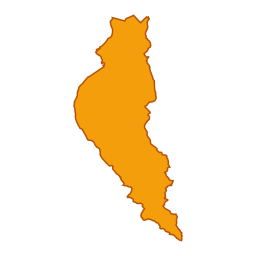 outline of Salistea, Alba, Romania
{"feature_id": "2599482B46573733698849", "entity_name": "Salistea", "entity_type": "district", "adm_level": 2, "iso_a3": "ROU", "parent_name": "Romania", "parent_adm1": "Alba", "projection": "equal_earth", "projection_center": [23.436, 45.889], "detail": "fine", "context": "isolated", "style": "filled", "palette": "amber", "viewbox_px": 256, "rotation_deg": 0, "n_neighbors": 0, "source": "geoboundaries", "source_scale": "gbopen_adm2", "svg_char_len": 5851}
<svg xmlns="http://www.w3.org/2000/svg" viewBox="0 0 256 256"><path d="M148.3,17.0L147.3,17.5L146.6,16.9L140.5,22.7L133.6,15.4L128.1,17.8L126.7,18.3L126.1,18.7L125.3,20.0L125.1,20.9L124.8,21.0L112.3,17.6L112.5,18.6L112.1,19.5L110.4,21.2L110.4,22.7L111.0,25.5L112.6,29.6L112.5,32.6L111.8,35.6L110.8,37.1L108.2,38.5L105.3,42.6L101.6,46.3L99.6,47.2L100.0,48.3L95.8,49.8L98.6,49.2L98.7,49.5L97.7,49.8L96.9,51.2L95.8,51.9L96.1,52.5L96.2,53.1L96.6,53.6L99.4,55.6L99.7,55.5L100.4,56.0L101.1,57.0L101.5,58.6L102.3,59.9L102.4,60.9L101.6,61.9L101.5,62.7L101.8,63.5L103.4,62.7L103.9,62.8L104.4,63.2L104.4,64.1L104.0,65.5L103.4,65.2L102.6,65.0L103.0,65.3L103.9,66.7L89.3,76.6L88.2,76.9L87.4,77.7L84.0,81.6L82.4,83.8L80.9,85.0L78.9,87.3L78.8,88.3L78.2,90.1L77.5,92.0L77.3,93.3L77.3,96.0L74.4,102.0L74.3,105.0L73.9,105.7L74.8,108.2L75.1,111.2L75.3,112.2L75.2,112.5L75.6,113.9L75.6,114.6L75.3,115.6L75.4,116.3L75.5,117.7L75.7,118.5L75.9,119.6L76.6,121.6L78.1,124.7L78.3,125.3L79.0,126.4L80.1,128.3L80.4,128.4L80.7,128.6L81.5,128.9L82.4,129.4L82.8,130.5L85.8,135.6L87.5,139.4L87.7,139.7L88.3,139.8L89.1,140.2L89.7,140.3L91.0,140.4L91.7,140.6L92.4,141.0L94.1,142.5L94.6,143.6L95.0,144.7L95.8,145.9L96.9,147.2L97.2,147.4L98.0,147.7L99.1,148.5L99.7,149.2L99.9,150.7L100.1,151.3L100.3,151.7L100.1,154.0L100.3,155.0L101.9,158.1L105.5,162.0L106.2,162.9L109.6,166.0L111.9,165.4L113.0,166.5L112.7,167.0L112.7,168.9L116.7,173.9L117.7,174.4L119.3,175.9L119.9,177.0L120.1,176.9L120.7,177.0L120.7,178.1L121.0,178.4L121.1,178.8L120.9,179.4L122.6,181.6L123.7,182.7L124.1,185.0L123.4,185.2L125.2,185.8L126.8,185.7L127.3,186.0L127.8,186.4L128.7,186.8L131.1,187.2L132.0,188.5L131.6,190.1L131.6,190.7L130.5,193.2L129.9,193.9L129.1,194.5L128.5,195.2L128.4,195.4L127.3,196.4L127.6,197.4L128.0,197.6L128.6,197.0L129.3,197.4L130.4,197.6L130.7,197.7L131.2,198.1L131.7,198.3L132.1,198.6L132.8,198.7L133.1,198.9L133.2,199.4L133.2,201.0L133.4,201.5L133.6,201.7L134.1,201.9L134.4,202.1L135.5,202.2L136.7,203.2L137.6,203.4L138.0,203.6L138.7,203.6L139.8,203.1L140.6,203.4L141.4,203.6L141.7,203.8L142.8,205.0L142.3,205.8L142.4,206.1L143.2,207.5L144.5,208.5L144.2,209.3L143.6,209.8L143.3,210.1L142.9,211.1L142.7,211.8L141.9,212.6L141.4,213.2L141.3,213.7L141.3,214.4L140.9,215.5L141.1,216.3L141.6,217.7L142.4,217.9L142.6,218.0L143.1,219.7L143.4,219.9L143.8,220.1L144.7,220.1L146.4,219.6L147.5,219.0L148.4,218.9L148.9,219.1L150.7,219.5L151.6,219.8L152.3,220.5L154.6,221.0L156.6,222.8L157.8,222.9L158.3,223.3L158.9,224.7L160.1,226.1L160.1,226.7L159.7,227.8L160.4,228.6L161.0,228.8L161.6,228.8L162.7,228.6L163.5,228.8L164.2,229.4L164.6,229.8L165.3,230.7L165.8,231.4L166.1,231.6L166.8,231.5L167.0,231.6L167.6,232.1L169.2,232.4L169.4,232.5L169.8,233.3L169.3,234.1L169.8,234.5L170.4,234.6L171.8,234.4L172.5,234.8L173.4,234.8L176.0,237.2L176.5,238.2L178.0,238.9L179.5,240.0L180.1,240.2L181.4,240.6L181.6,240.3L181.5,240.0L181.6,239.8L181.8,239.0L181.8,238.6L181.6,237.6L181.6,237.2L182.0,236.2L182.1,235.8L182.1,235.6L181.5,234.7L181.4,234.5L181.4,234.1L181.8,232.8L181.2,232.3L180.4,231.5L180.3,231.3L180.2,230.6L179.1,229.5L178.2,228.7L177.5,227.3L177.4,227.0L176.9,226.4L176.6,226.2L176.3,225.5L176.1,225.0L176.1,224.5L176.5,224.0L176.6,223.0L176.6,221.7L176.5,219.6L176.4,219.1L177.1,217.4L177.2,216.8L177.1,216.2L176.6,215.6L176.1,215.2L176.0,214.1L174.6,214.3L173.2,214.1L173.1,214.3L172.6,214.0L171.6,213.8L171.1,213.6L170.5,212.9L170.1,211.6L169.7,211.1L167.3,209.6L166.1,209.2L164.7,208.1L163.9,207.0L163.2,206.5L163.3,205.9L163.4,205.6L164.0,205.0L164.5,204.8L164.3,204.3L164.2,204.3L164.8,202.6L165.1,202.3L165.8,201.3L166.8,201.0L167.8,200.1L167.8,199.9L167.6,199.7L164.7,198.6L164.5,198.4L164.4,198.2L164.6,197.9L164.9,197.6L165.1,197.5L165.5,197.1L165.2,194.8L165.3,194.1L164.9,193.6L165.0,192.7L165.3,192.2L165.8,191.6L166.3,190.4L166.4,190.1L166.3,189.4L165.6,188.8L165.5,188.7L165.5,188.4L165.6,188.1L166.0,187.8L167.4,186.9L167.7,186.1L168.9,185.7L170.1,185.1L171.1,185.6L171.5,185.5L171.6,185.4L171.7,184.9L171.3,184.2L171.9,183.7L172.2,183.2L173.2,180.9L173.0,180.7L172.2,180.6L171.0,180.6L169.3,179.7L169.0,179.3L168.9,178.7L168.6,178.2L167.9,177.6L167.5,176.9L166.5,176.0L166.0,175.3L166.0,174.4L166.0,173.9L165.7,173.6L164.7,172.4L166.9,171.3L167.1,171.0L167.6,169.6L167.4,168.3L167.8,167.8L168.2,167.5L169.8,167.2L169.6,166.8L169.0,165.6L168.2,164.4L168.3,164.0L168.4,163.1L168.4,162.5L168.1,160.7L167.5,158.5L167.3,158.2L166.7,157.7L166.5,157.3L166.5,156.8L166.6,156.5L166.9,156.1L165.7,155.1L163.3,154.9L162.3,154.5L161.9,153.2L161.4,152.3L159.4,152.4L157.9,151.1L156.9,150.5L156.9,148.5L150.6,143.7L150.3,140.2L149.1,138.3L148.3,137.3L147.1,135.1L147.2,132.1L144.7,128.0L144.5,127.2L144.6,126.5L144.5,125.7L145.6,123.2L145.9,123.0L146.1,122.9L146.2,122.5L146.6,122.2L146.7,121.8L147.0,121.7L147.0,121.3L147.9,120.4L148.7,120.0L149.2,119.4L149.2,119.0L149.4,118.3L149.5,117.4L149.4,116.8L149.2,116.3L148.8,115.8L148.7,115.6L148.1,115.4L148.1,115.2L148.1,114.4L148.3,113.9L150.1,113.0L150.2,112.3L148.4,110.3L147.9,110.0L146.6,108.5L145.1,107.0L145.0,106.3L146.9,105.2L149.0,102.3L151.1,101.9L152.1,101.9L154.4,101.0L155.5,99.7L156.1,97.9L156.1,97.1L155.8,96.4L155.9,95.8L155.6,94.8L155.6,94.0L155.8,93.1L154.6,89.4L154.3,81.0L153.1,79.1L152.5,76.9L150.6,71.9L149.8,69.1L149.5,68.5L149.9,67.4L149.1,65.4L147.2,62.8L147.1,61.8L146.4,60.8L147.0,60.2L147.0,59.2L148.7,57.0L148.6,56.8L148.4,56.7L147.0,57.3L146.6,57.0L145.9,56.8L144.0,53.7L146.8,51.3L147.3,51.0L148.2,48.8L149.0,47.8L150.1,47.2L150.5,46.2L150.5,45.7L150.8,45.4L150.4,44.5L150.5,43.7L150.3,42.7L149.9,42.4L149.2,41.0L148.0,40.0L147.1,38.5L146.4,38.4L146.1,37.8L146.1,35.9L145.5,35.1L145.6,32.3L146.3,30.9L146.3,30.3L146.8,30.1L147.6,28.2L147.7,27.2L147.7,26.2L147.3,24.3L147.3,22.0L147.5,21.4L148.2,20.3L148.9,19.6L148.4,19.0L149.0,18.5L148.7,18.1L148.3,17.0Z" fill="#f59e0b" stroke="#b45309" stroke-width="1.5"/></svg>